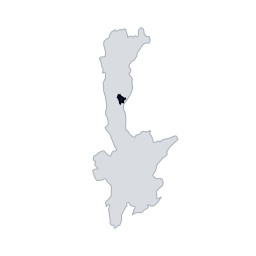 location of Xebangfay, Khammouan, Laos, rotated 208°
{"feature_id": "54806243B47827681100424", "entity_name": "Xebangfay", "entity_type": "district", "adm_level": 2, "iso_a3": "LAO", "parent_name": "Laos", "parent_adm1": "Khammouan", "projection": "equal_earth", "projection_center": [105.132, 17.21], "detail": "fine", "context": "in_parent", "style": "filled", "palette": "ink", "viewbox_px": 256, "rotation_deg": 208, "n_neighbors": 0, "source": "geoboundaries", "source_scale": "gbopen_adm2", "svg_char_len": 5336}
<svg xmlns="http://www.w3.org/2000/svg" viewBox="0 0 256 256"><g transform="rotate(208 128 128)"><path d="M99.3,35.9L100.2,37.9L104.4,43.5L105.1,45.0L106.7,46.2L107.9,51.2L108.5,51.5L109.2,51.2L109.7,50.5L110.2,48.5L110.4,48.3L110.9,49.9L112.1,50.4L112.6,51.1L112.8,52.3L112.6,53.5L111.6,56.4L111.0,60.2L115.0,68.3L116.8,69.5L120.9,70.8L123.7,72.6L125.0,72.2L126.2,70.1L127.7,69.0L130.5,67.3L131.3,67.2L132.8,67.9L135.4,69.9L139.2,73.7L139.0,74.7L138.3,75.7L136.3,77.2L135.6,78.2L136.0,78.6L137.7,78.8L139.7,79.7L140.4,80.7L140.7,83.0L141.0,83.4L142.9,83.1L143.5,83.5L144.2,84.2L144.8,86.1L144.8,87.5L142.9,90.0L142.7,91.5L141.8,93.3L139.2,96.3L138.5,96.5L133.8,94.8L130.1,95.0L129.8,95.7L130.4,97.5L130.6,99.3L130.0,100.6L127.9,102.4L127.8,103.2L128.2,104.0L131.3,105.6L141.3,114.2L145.9,115.9L147.9,117.0L148.4,117.6L148.4,118.4L147.8,119.3L147.4,121.0L147.4,122.0L147.8,123.0L148.6,124.5L151.4,127.8L153.5,128.6L155.6,132.3L156.3,135.6L157.3,137.8L162.5,144.9L166.9,149.3L169.5,154.1L170.7,155.1L171.1,156.9L171.5,161.9L173.0,164.4L173.3,165.4L174.0,166.1L174.7,166.3L176.2,164.6L176.5,164.9L177.2,167.5L177.8,168.5L180.2,170.1L182.6,173.3L183.9,174.5L185.6,175.4L185.8,176.4L185.5,177.4L185.0,178.1L182.2,179.9L181.8,180.7L183.7,184.8L188.4,189.9L189.9,192.9L189.6,194.4L188.3,197.3L187.3,198.1L187.1,199.0L187.8,201.4L187.7,205.2L186.8,206.1L186.0,208.3L185.4,208.5L184.0,207.7L180.9,211.6L179.6,211.4L178.1,213.6L176.1,213.9L174.8,212.2L171.9,209.6L170.8,208.0L169.9,209.4L168.4,210.7L166.3,210.3L165.7,212.2L165.3,212.6L162.7,212.9L162.2,213.2L162.6,215.0L164.1,218.1L164.6,219.8L163.7,222.7L161.0,222.6L159.7,221.4L158.2,219.0L154.8,217.4L152.5,218.5L151.8,218.5L150.0,216.4L149.4,215.1L149.0,213.2L151.6,211.6L153.0,210.4L153.8,209.1L154.2,207.7L154.6,202.1L155.0,200.1L154.8,197.7L154.1,195.7L154.1,192.9L154.4,190.5L155.4,189.4L156.1,187.7L156.6,184.0L156.2,183.0L155.3,182.1L153.6,181.2L152.5,180.1L152.1,178.8L152.2,177.6L152.7,176.6L151.4,175.5L148.4,174.2L146.7,172.8L146.4,171.0L145.1,168.8L143.0,166.0L141.8,161.9L141.7,156.7L142.0,152.4L142.9,147.5L141.7,143.9L140.3,142.0L138.4,140.6L136.5,138.6L134.8,136.1L132.7,132.2L130.3,127.2L128.7,124.9L127.9,125.5L126.1,125.0L123.4,123.5L121.1,122.7L119.1,122.6L117.8,123.0L117.2,123.7L117.2,124.5L117.7,125.2L117.4,125.8L116.4,126.2L115.5,127.1L114.6,128.9L113.9,131.4L112.9,132.3L111.4,132.5L109.9,133.2L108.4,134.4L107.7,135.3L107.8,135.9L107.4,136.0L106.7,135.7L106.4,134.9L106.4,133.6L105.7,132.8L104.1,132.3L102.4,131.0L99.1,127.5L98.3,127.3L97.2,128.2L95.7,130.2L94.6,131.0L93.6,130.6L92.9,131.2L92.4,133.0L91.4,134.4L86.9,138.2L82.8,143.1L81.8,143.5L79.3,142.1L78.6,141.2L82.0,131.2L82.5,128.8L82.5,125.6L81.1,123.0L81.0,122.2L81.2,121.4L83.0,118.3L85.0,110.4L84.9,107.9L84.1,105.2L83.6,102.7L84.0,99.2L83.9,97.8L83.0,97.2L79.9,96.5L78.1,97.0L77.3,98.0L76.2,98.6L74.3,98.9L72.5,97.7L71.0,95.7L70.6,93.3L72.6,88.0L73.1,86.0L73.0,85.0L72.7,84.0L72.2,83.9L71.3,82.6L70.3,80.4L69.5,79.4L68.6,79.6L67.8,80.5L66.5,82.5L66.1,82.2L67.3,75.0L68.4,71.9L69.7,70.5L71.0,69.8L72.4,70.1L73.6,69.8L74.5,69.1L74.5,68.6L73.4,68.5L72.9,67.7L73.2,66.1L73.7,65.1L74.4,64.7L75.2,63.1L75.9,60.5L76.8,59.1L77.9,59.1L79.6,58.0L82.1,55.7L83.1,53.6L84.0,54.6L83.7,57.1L84.2,57.6L84.4,58.5L84.2,59.9L84.4,61.1L84.8,61.7L85.4,61.9L88.0,60.9L89.6,60.9L92.3,62.7L93.8,61.3L93.9,60.8L92.6,59.1L93.0,52.7L92.9,47.9L90.7,44.4L90.3,42.9L90.1,40.6L89.5,38.6L91.1,37.0L91.9,34.1L93.0,33.3L93.4,33.4L94.7,35.7L96.4,34.6L97.7,34.6L98.8,35.1L99.3,35.9Z" fill="#d9dde1" stroke="#a8b0b8" stroke-width="1"/><path d="M151.9,152.3L151.9,152.1L151.9,151.9L151.9,151.7L151.7,151.4L151.7,151.2L151.6,150.6L151.6,150.1L151.2,150.1L150.8,150.0L150.7,150.0L150.6,149.9L150.4,149.6L150.3,149.4L150.2,149.3L149.9,149.0L149.1,148.7L148.8,148.4L148.7,148.4L148.6,148.2L148.3,147.8L147.9,147.6L147.7,147.4L147.6,147.2L147.4,146.9L147.4,146.7L147.1,146.3L147.0,146.2L146.9,146.1L146.4,145.8L146.2,145.7L146.2,146.2L146.2,146.7L146.3,147.2L146.3,147.5L146.2,148.2L146.2,148.4L146.0,148.5L145.9,148.4L145.7,148.4L145.4,148.4L145.3,148.5L145.2,148.6L144.8,148.3L144.7,148.1L144.4,148.1L144.2,148.2L144.0,148.3L144.1,148.5L144.3,148.8L144.5,148.9L144.7,149.1L144.8,149.2L144.8,149.4L144.8,149.7L144.8,149.8L144.9,150.0L145.0,150.1L145.1,150.3L145.0,150.5L144.9,150.7L144.9,150.8L144.9,151.0L144.6,151.6L144.5,151.8L144.4,151.9L144.3,152.0L144.2,152.1L144.0,152.5L144.1,152.8L144.2,153.0L144.3,153.0L144.4,152.9L144.4,152.7L144.6,152.5L144.7,152.4L144.8,152.4L144.8,152.2L144.8,151.9L145.0,151.9L145.1,152.0L145.4,152.3L145.5,152.4L145.8,152.3L145.9,152.2L146.0,151.9L146.3,151.8L146.5,152.1L146.6,152.3L146.7,152.5L146.8,152.5L147.0,152.4L147.1,152.5L147.3,152.5L147.4,152.4L147.5,152.3L147.6,152.5L147.7,152.4L147.8,152.3L148.0,152.3L147.9,152.2L148.0,152.2L148.3,152.0L148.5,152.0L148.4,151.9L148.4,151.7L148.5,151.7L148.5,151.8L148.6,151.7L148.8,151.8L148.9,151.7L148.9,151.8L149.0,151.9L149.0,152.0L149.3,152.1L149.3,152.3L149.2,152.3L149.2,152.2L149.2,152.3L149.2,152.5L149.3,152.5L149.2,152.6L149.3,152.7L149.4,152.8L149.5,152.8L149.6,153.0L149.8,153.1L150.0,153.0L150.1,152.9L150.3,152.9L150.4,153.0L150.5,153.1L150.5,152.9L150.8,153.0L151.0,152.9L151.3,152.8L151.5,152.8L151.4,152.7L151.5,152.5L151.6,152.4L151.7,152.5L151.8,152.5L151.8,152.4L151.9,152.3Z" fill="#0f172a" stroke="#020617" stroke-width="1.5"/></g></svg>